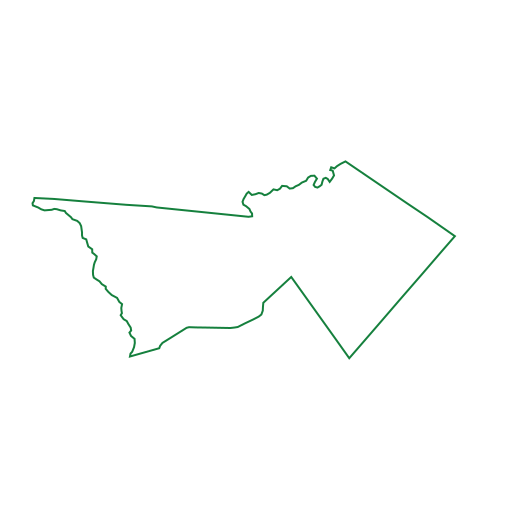 the district of Governador Eugênio Barros, Maranhão, Brazil, rotated 161°
{"feature_id": "56859067B76499051658500", "entity_name": "Governador Eugênio Barros", "entity_type": "district", "adm_level": 2, "iso_a3": "BRA", "parent_name": "Brazil", "parent_adm1": "Maranhão", "projection": "orthographic", "projection_center": [-43.999, -5.389], "detail": "fine", "context": "isolated", "style": "outline", "palette": "green", "viewbox_px": 512, "rotation_deg": 161, "n_neighbors": 0, "source": "geoboundaries", "source_scale": "gbopen_adm2", "svg_char_len": 2022}
<svg xmlns="http://www.w3.org/2000/svg" viewBox="0 0 512 512"><g transform="rotate(161 256 256)"><path d="M446.6,383.0L448.1,380.3L450.1,378.7L450.5,376.5L446.1,372.7L443.9,370.1L441.1,368.0L438.0,367.2L434.1,366.2L431.4,366.2L429.1,365.1L425.8,362.7L422.2,360.8L421.7,358.6L418.3,352.9L417.6,350.6L413.6,347.4L412.0,344.5L411.6,341.2L412.8,335.0L413.8,332.1L414.0,329.5L411.1,327.0L411.3,323.8L411.5,319.6L408.7,315.7L409.7,312.5L408.3,310.4L406.7,307.5L408.2,304.9L410.5,302.6L412.1,300.4L413.7,297.4L415.1,294.9L416.2,291.2L416.4,288.4L414.4,285.7L412.2,283.0L410.9,279.5L408.0,276.0L408.8,273.9L407.3,270.1L405.1,266.0L403.3,264.1L401.0,261.6L400.2,257.1L398.3,254.1L400.3,250.7L401.0,248.0L401.4,245.6L403.2,244.1L402.5,241.7L401.7,239.3L399.4,236.6L398.8,233.1L397.8,229.1L398.3,226.2L400.6,224.8L400.2,221.1L397.8,217.2L398.9,213.2L401.0,209.5L404.3,205.7L406.4,204.6L407.9,202.0L377.5,200.3L375.9,202.3L372.7,204.3L363.9,206.3L345.0,210.7L342.5,210.5L335.7,207.9L326.8,204.7L303.8,196.3L299.8,195.4L296.4,194.8L288.3,195.9L279.3,196.9L273.2,197.8L270.0,198.9L267.4,202.1L266.0,205.6L264.3,209.4L229.5,224.7L223.3,203.9L207.4,150.4L201.1,129.0L176.9,143.0L159.0,153.4L134.5,167.7L104.2,185.2L79.0,199.9L61.5,210.0L81.0,236.8L96.0,256.6L140.6,316.3L145.9,315.6L150.1,314.6L153.3,313.3L156.0,315.4L157.8,313.1L155.7,311.7L156.0,306.8L158.8,304.4L162.2,302.1L163.1,305.5L164.6,307.2L167.1,307.1L168.9,304.9L170.8,302.0L173.0,301.2L175.6,300.7L177.6,302.1L178.4,304.4L176.2,306.8L173.2,309.3L174.6,312.9L178.0,313.9L181.2,313.2L184.1,310.8L188.7,310.5L192.3,309.3L195.9,309.0L199.0,308.1L202.2,308.8L204.2,311.9L208.5,313.8L211.5,311.8L214.5,311.3L217.8,313.3L222.3,311.2L225.9,310.5L228.3,310.8L230.1,313.1L232.9,314.7L236.4,314.6L240.1,315.1L242.1,319.0L244.5,318.0L246.5,316.2L249.2,313.9L251.1,311.6L251.2,308.6L249.2,306.4L246.9,302.6L246.7,299.8L245.9,297.5L246.7,294.8L250.3,295.5L334.0,334.2L338.3,336.8L361.9,346.6L402.0,364.1L428.4,375.7L446.6,383.0Z" fill="none" stroke="#15803d" stroke-width="2"/></g></svg>